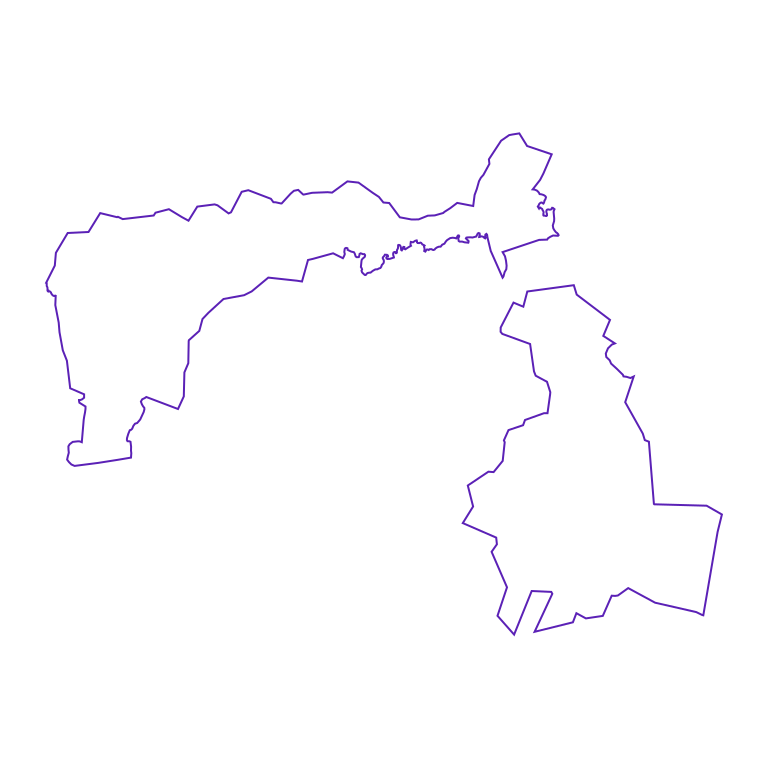 the district of Bade, Yobe, Nigeria
{"feature_id": "59680162B86291828303656", "entity_name": "Bade", "entity_type": "district", "adm_level": 2, "iso_a3": "NGA", "parent_name": "Nigeria", "parent_adm1": "Yobe", "projection": "natural_earth1", "projection_center": [10.914, 12.715], "detail": "fine", "context": "isolated", "style": "outline", "palette": "violet", "viewbox_px": 768, "rotation_deg": 0, "n_neighbors": 0, "source": "geoboundaries", "source_scale": "gbopen_adm2", "svg_char_len": 6070}
<svg xmlns="http://www.w3.org/2000/svg" viewBox="0 0 768 768"><path d="M502.6,277.7L503.0,277.2L503.5,276.3L504.6,272.2L506.3,269.2L506.6,265.7L506.0,260.7L505.0,256.3L502.6,252.1L539.1,239.9L547.2,239.6L548.0,238.3L550.3,236.8L553.1,235.5L558.0,235.8L558.6,235.2L558.2,234.2L557.1,233.0L556.0,232.3L554.5,230.4L553.3,228.4L552.8,225.5L554.1,221.1L554.2,218.5L553.6,212.0L553.8,210.8L554.5,209.2L552.9,207.9L552.1,207.8L551.8,208.3L551.8,208.8L551.6,209.2L550.7,209.5L549.8,209.7L548.1,209.4L547.1,209.7L546.6,210.2L546.3,211.2L546.5,212.7L546.9,213.6L547.0,215.5L546.4,216.0L545.9,216.0L544.7,215.6L543.9,215.7L543.4,215.4L543.3,214.0L543.6,212.6L543.5,211.7L543.1,210.9L542.6,210.2L542.4,209.4L542.0,208.8L540.7,208.1L540.4,207.6L539.7,207.5L539.3,207.9L539.0,208.5L537.8,206.6L538.6,205.4L539.2,204.0L540.1,203.1L540.9,202.6L541.8,202.5L542.7,203.3L543.4,203.6L543.8,203.0L544.3,201.7L544.5,200.5L545.3,199.5L546.0,197.2L545.3,196.1L543.6,195.0L541.3,194.3L539.6,194.1L539.0,192.8L538.1,191.7L536.8,190.5L534.6,189.6L532.7,189.4L540.1,179.9L543.4,173.5L551.7,154.3L527.1,146.0L519.3,133.4L512.4,134.5L509.2,135.1L501.1,140.7L488.9,159.3L489.4,163.9L483.4,174.9L480.9,177.7L479.0,181.2L476.8,189.0L474.6,195.0L473.2,206.0L457.2,202.9L450.2,208.2L444.4,211.9L443.2,213.0L434.8,215.4L427.8,215.7L418.6,219.4L411.6,219.5L399.8,217.3L389.2,203.0L383.4,202.5L378.9,196.9L372.7,192.8L358.5,182.6L347.4,181.4L332.1,192.6L327.6,192.2L312.1,192.8L303.6,194.6L303.0,194.4L298.2,189.9L293.9,190.8L290.6,193.7L281.7,203.4L281.1,203.5L275.7,202.3L273.4,202.2L270.9,198.8L248.3,190.2L241.7,191.8L231.0,212.3L228.6,213.4L217.5,205.3L214.6,204.4L197.3,206.6L188.5,220.7L181.9,217.1L168.9,209.2L155.5,212.7L153.7,215.5L122.7,219.1L117.9,216.8L117.1,217.2L100.2,213.1L88.5,232.0L67.7,233.0L55.9,252.8L54.8,265.6L46.1,282.9L46.7,283.2L46.7,285.2L46.8,286.2L47.3,287.1L47.5,288.0L47.5,289.8L48.1,290.2L47.6,290.8L47.9,291.3L48.4,291.6L49.1,291.3L49.8,291.4L50.7,292.2L51.0,292.5L51.2,293.4L52.1,294.6L52.6,295.3L54.0,296.0L54.5,296.0L55.1,295.6L55.7,295.8L55.3,305.1L58.7,322.6L59.5,332.2L62.8,350.3L66.9,360.7L70.2,388.3L84.1,394.3L84.1,397.7L82.0,399.4L80.4,400.0L79.0,400.0L79.0,400.8L79.4,402.7L85.5,406.5L85.5,408.9L85.0,412.5L84.2,416.6L83.7,419.8L81.8,442.2L79.7,441.4L78.0,441.3L72.7,441.9L69.7,444.2L68.4,446.3L68.5,449.9L68.8,452.7L67.8,456.4L67.1,459.6L68.9,462.0L71.4,464.5L74.6,465.9L98.2,462.9L117.9,459.8L131.0,457.6L131.3,453.2L131.0,450.6L131.1,446.8L130.5,441.8L129.5,441.3L127.5,441.2L126.9,440.1L127.0,438.1L128.3,433.8L129.8,430.2L131.1,429.8L132.2,428.7L133.4,425.8L135.0,423.7L137.2,423.0L140.2,419.5L143.7,412.0L144.4,409.3L144.3,407.8L143.1,406.4L141.9,404.3L140.9,401.6L142.2,399.3L144.7,398.1L146.3,397.0L178.0,409.0L183.8,396.4L184.4,372.4L188.3,363.2L188.7,341.0L188.9,340.2L199.3,330.9L202.5,319.0L208.5,312.7L223.5,299.0L244.1,295.2L251.7,291.4L268.3,277.6L296.9,280.7L302.0,281.5L308.0,260.0L312.8,258.9L333.1,253.3L342.9,258.2L343.8,256.6L344.4,255.2L344.8,254.0L344.3,252.0L344.7,249.0L345.3,248.2L346.1,247.9L347.4,248.2L347.6,249.0L347.6,249.8L348.3,250.2L351.2,251.6L353.9,252.2L354.8,253.7L355.2,255.0L355.7,256.5L356.8,257.2L358.8,257.1L359.4,255.2L359.6,253.9L360.7,253.3L363.1,254.2L364.3,254.1L364.9,254.7L365.1,255.7L364.7,256.9L362.7,258.6L361.8,259.7L361.5,260.9L360.9,267.0L361.6,268.1L362.1,269.4L361.5,270.7L362.1,272.4L363.4,273.7L364.7,274.9L365.7,275.0L366.5,274.0L367.4,273.1L369.0,272.7L370.6,272.6L372.7,270.9L375.3,269.4L377.4,269.3L378.6,268.6L380.4,268.0L381.3,266.7L381.8,265.0L382.8,264.0L383.7,262.8L383.9,261.1L383.6,259.8L383.0,258.9L382.7,258.0L383.0,257.2L384.0,256.2L384.9,254.7L386.9,254.8L387.9,255.5L388.0,256.5L386.8,256.7L386.3,257.5L386.5,258.5L387.4,259.0L389.7,258.9L393.9,257.5L393.7,256.4L393.3,255.5L393.1,253.9L393.5,252.5L394.4,252.0L395.4,252.1L395.7,253.1L396.5,253.1L396.9,252.5L396.8,251.5L397.1,249.8L397.9,248.5L398.1,246.8L398.1,245.2L398.8,244.9L399.7,245.1L400.3,245.8L400.8,247.0L401.0,248.3L401.2,250.0L401.8,250.4L402.5,249.4L402.8,248.0L403.4,246.9L404.3,247.0L404.5,248.9L405.3,249.3L408.5,247.2L411.0,245.8L410.6,245.1L410.5,244.0L410.8,241.9L413.0,242.3L415.2,240.8L416.7,240.4L417.0,241.2L417.0,242.3L417.6,243.0L419.2,243.1L420.3,242.6L421.2,242.9L422.5,244.6L423.6,244.9L424.6,245.6L424.0,246.4L424.2,247.4L424.5,248.3L424.5,249.7L424.2,251.0L425.3,251.6L426.8,249.5L427.9,249.5L428.7,250.0L429.7,249.2L431.6,249.2L432.5,249.8L433.6,250.0L434.7,249.5L435.3,248.6L437.2,247.3L438.9,246.7L440.6,246.7L442.2,244.7L444.4,243.7L445.9,241.4L447.1,240.1L450.2,238.1L452.8,237.7L454.9,238.0L456.2,238.4L456.6,237.6L457.2,236.8L457.8,235.6L458.7,235.4L459.2,236.1L458.9,237.1L458.4,237.8L458.3,238.8L458.7,241.0L459.6,241.6L462.2,241.6L464.5,242.3L468.3,242.7L468.6,241.8L468.5,240.9L466.8,239.4L465.9,238.4L466.4,237.6L467.7,237.4L470.5,237.3L472.5,237.5L476.3,236.5L476.6,235.6L477.2,234.7L477.7,233.5L478.7,233.0L479.6,233.4L479.8,234.4L479.4,235.7L479.2,237.0L480.0,236.9L481.0,236.3L482.2,236.5L483.4,236.9L484.3,237.9L485.2,238.4L485.6,237.8L485.1,237.0L485.4,234.6L486.4,233.9L487.1,234.8L487.3,236.5L487.6,238.0L490.8,251.2L491.3,252.2L502.6,277.7ZM655.1,602.7L696.3,612.1L702.2,615.0L703.3,615.3L717.6,531.9L721.9,514.5L706.6,505.7L654.3,504.3L653.9,503.9L648.9,441.7L644.8,440.1L642.8,433.6L625.2,402.2L633.7,376.5L630.4,378.0L626.5,376.8L623.5,376.4L622.9,374.8L616.7,368.7L611.1,363.6L609.7,360.3L606.3,357.0L605.8,353.5L608.0,348.3L611.8,344.6L614.9,343.4L603.3,335.9L610.0,319.9L576.7,294.6L573.8,285.2L527.3,291.5L523.3,306.7L513.5,302.6L500.7,327.5L500.6,331.8L502.3,333.9L530.1,344.0L534.0,371.4L535.7,375.7L547.0,381.8L550.3,392.2L550.1,394.5L547.5,413.2L544.0,413.2L525.0,420.0L523.1,425.2L508.5,430.1L503.9,440.4L504.7,442.2L502.7,460.9L493.6,472.1L488.4,471.7L467.8,485.5L473.1,506.5L462.8,523.1L496.2,537.6L496.9,544.3L491.6,551.8L507.0,587.3L497.5,615.8L514.1,634.6L531.7,591.0L551.3,591.9L552.3,593.8L534.6,631.8L572.9,622.3L576.4,613.2L585.9,618.4L602.8,615.9L611.7,595.7L615.2,595.9L617.9,595.5L628.2,588.1L655.1,602.7Z" fill="none" stroke="#5b21b6" stroke-width="2"/></svg>